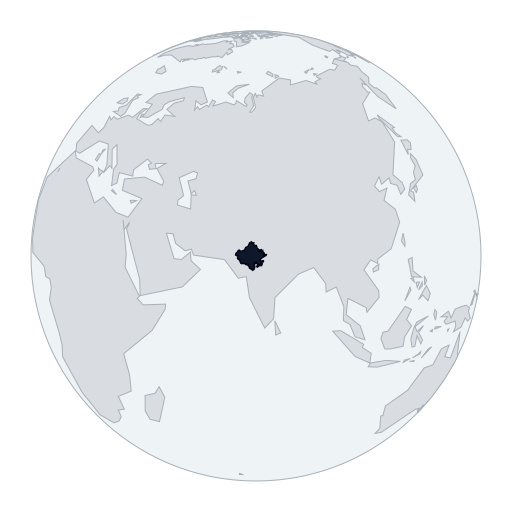 the Earth from above Rajasthan
{"feature_id": "IND-3250", "entity_name": "Rajasthan", "entity_type": "State", "adm_level": 1, "iso_a3": "IND", "parent_name": "India", "parent_adm1": "", "projection": "orthographic", "projection_center": [75.292, 26.62], "detail": "fine", "context": "on_globe", "style": "filled", "palette": "ink", "viewbox_px": 512, "rotation_deg": 0, "n_neighbors": 0, "source": "natural_earth", "source_scale": "10m", "svg_char_len": 15451}
<svg xmlns="http://www.w3.org/2000/svg" viewBox="0 0 512 512"><circle cx="256" cy="256" r="225" fill="#eef3f6" stroke="#a8b0b8"/><path d="M319.2,39.8L329.9,43.8L340.5,47.8L333.7,45.6L357.6,55.6L369.6,62.9L352.5,53.4L348.1,51.7L354.5,55.6L351.4,54.7L352.7,56.3L348.3,55.2L338.6,50.4L335.6,49.8L340.4,52.7L339.0,53.9L332.5,49.6L329.4,51.4L312.6,45.2L298.7,37.2L285.9,35.2L262.3,31.4L260.9,31.7L251.1,31.4L245.9,31.9L243.0,31.7L241.4,32.4L245.0,32.6L245.5,33.2L242.8,33.7L238.6,33.2L239.3,32.9L236.7,33.1L235.8,32.7L234.7,33.2L230.0,33.0L230.5,34.1L223.3,34.7L221.3,34.4L226.9,33.2L233.1,31.9L250.4,30.8L267.8,31.0L285.2,32.6L302.3,35.5L319.2,39.8ZM205.6,36.4L209.1,35.7L202.5,37.4L193.3,39.8L188.7,41.0L184.5,42.4L184.1,42.8L171.0,47.4L154.4,54.9L152.8,55.7L169.8,47.9L187.5,41.4L205.6,36.4ZM348.8,51.3L344.9,49.4L349.7,51.6L348.8,51.3ZM353.6,56.8L355.7,57.7L355.5,58.2L353.6,56.8ZM212.4,35.0L210.8,35.3L210.7,35.3L212.4,35.0ZM216.2,34.3L217.2,34.1L219.1,33.8L218.5,33.9L216.2,34.3ZM348.6,57.1L347.6,57.9L347.0,56.2L348.6,57.1ZM214.5,34.8L222.5,33.3L225.8,32.8L226.1,33.1L214.5,34.8ZM346.0,57.9L343.7,60.6L348.2,62.7L334.2,58.8L340.8,57.4L339.2,54.8L342.7,57.0L346.0,57.9ZM247.4,32.5L243.3,32.3L249.2,32.1L247.4,32.5ZM251.0,32.3L268.3,32.0L272.9,33.0L266.2,32.7L274.1,34.1L267.8,34.6L262.0,34.0L260.3,33.1L259.2,34.1L251.0,32.3ZM326.9,56.6L324.9,56.8L325.1,55.7L326.9,56.6ZM246.1,33.4L249.2,33.0L253.4,33.8L248.0,34.6L248.4,34.1L246.1,33.4ZM279.2,34.3L281.4,35.3L276.9,35.9L277.1,36.5L268.0,34.7L279.2,34.3ZM246.0,34.2L245.1,35.1L240.6,35.3L243.4,33.8L246.0,34.2ZM256.8,33.7L258.5,34.2L255.8,34.2L256.8,33.7ZM224.3,37.4L227.9,36.5L230.4,36.8L224.3,37.4ZM245.0,35.5L246.6,35.4L248.0,35.5L246.4,36.2L245.0,35.5ZM265.5,35.5L263.1,35.7L268.9,36.2L265.8,37.0L260.3,35.8L261.3,36.7L260.4,36.9L257.0,35.7L265.5,35.5ZM249.1,37.4L241.0,36.7L233.8,38.0L231.4,37.7L243.5,35.8L249.1,37.4ZM254.0,36.5L250.4,36.9L249.2,36.1L251.0,35.4L254.0,36.5ZM265.6,38.1L271.9,37.1L272.8,37.5L265.6,38.1ZM247.2,37.9L249.2,38.1L246.8,38.1L247.2,37.9ZM260.2,38.1L262.3,37.6L263.3,38.0L260.2,38.1ZM251.4,39.0L248.8,38.7L249.9,38.0L251.4,39.0ZM255.6,38.7L256.6,39.4L251.9,38.0L256.4,38.4L255.6,38.7ZM260.9,38.5L262.2,38.6L259.8,38.7L260.9,38.5ZM248.7,41.9L242.5,40.4L244.9,38.8L250.6,40.5L248.7,41.9ZM32.6,237.2L38.4,199.8L41.9,191.0L47.1,177.2L75.3,150.8L76.2,157.9L92.7,166.7L93.8,170.2L86.4,179.5L94.3,203.0L103.4,196.9L116.0,212.4L128.0,217.2L141.9,198.6L122.4,190.3L124.5,179.0L144.5,177.1L162.3,185.3L163.7,181.2L157.0,168.5L165.8,163.4L155.2,163.6L156.0,168.7L149.5,169.3L148.3,164.8L151.5,163.0L147.4,159.2L133.5,169.8L132.8,176.1L119.3,172.6L116.9,183.0L111.6,185.6L113.6,169.1L117.0,164.4L117.0,144.7L112.2,149.1L111.9,168.3L109.9,165.6L103.5,172.8L106.8,165.2L108.4,144.1L99.3,141.0L79.6,153.3L76.0,151.0L76.7,143.3L92.0,125.4L98.4,132.8L103.9,127.5L109.6,116.4L111.0,119.9L114.1,116.6L117.2,119.3L128.4,115.1L132.6,117.3L143.6,108.5L147.2,108.7L139.7,113.7L136.7,118.7L147.8,125.3L151.9,124.5L158.2,118.5L160.5,121.5L165.1,114.9L174.8,116.5L166.9,109.4L174.1,103.2L183.5,100.7L184.4,97.6L169.1,101.8L164.2,104.8L162.3,109.2L147.8,117.5L142.6,116.9L152.3,104.2L145.9,102.4L156.3,94.2L191.5,86.4L202.8,87.5L207.4,102.0L201.0,104.8L196.1,100.8L194.5,110.1L197.5,106.6L199.4,109.5L206.8,105.1L208.5,106.9L212.6,99.9L215.5,101.6L212.8,106.1L226.1,102.0L233.9,104.9L236.1,103.2L236.3,100.6L246.1,106.5L247.3,105.1L244.5,102.5L245.1,98.0L249.9,92.7L253.0,95.0L251.7,97.2L253.6,105.9L249.7,112.0L251.4,112.5L255.6,107.8L253.3,97.2L255.3,93.4L257.4,98.0L256.7,96.0L258.7,94.9L263.6,96.2L261.8,91.0L279.3,78.0L290.5,79.9L290.4,85.0L306.0,80.5L317.5,84.4L314.9,81.8L320.6,78.8L317.1,77.4L316.3,76.1L329.4,69.4L334.9,70.1L337.6,65.6L336.3,64.5L332.4,63.5L334.2,58.8L348.2,62.7L350.4,65.0L357.6,66.4L361.8,71.8L368.6,77.3L369.0,83.4L374.4,87.8L376.6,87.9L385.5,94.5L396.2,108.8L377.8,96.6L359.8,77.9L366.3,85.1L362.0,83.5L362.5,86.3L367.3,91.8L369.7,92.3L362.6,103.7L368.5,120.9L375.1,118.0L382.1,121.8L394.6,142.1L392.9,174.7L402.3,182.7L404.8,189.0L400.9,194.4L397.1,185.3L390.6,183.4L389.1,177.8L381.6,184.3L379.1,176.6L374.5,186.1L379.4,191.6L386.9,188.1L384.0,200.4L395.3,209.2L399.7,222.1L391.2,248.7L377.8,259.0L377.6,263.4L370.7,259.9L363.9,269.7L378.7,290.6L379.1,297.3L366.9,312.4L366.2,307.6L347.9,298.4L346.2,314.7L360.1,325.6L365.0,339.8L355.0,336.8L349.9,324.4L343.4,320.7L343.9,306.8L336.3,287.0L326.1,292.1L325.8,283.7L313.7,267.5L298.4,274.2L275.0,297.5L273.6,318.8L264.7,328.0L249.4,297.5L246.3,276.6L238.3,278.2L224.5,259.6L193.6,255.1L191.4,249.2L185.1,250.8L175.7,243.5L173.1,233.8L166.4,233.1L174.0,258.6L181.4,259.5L190.5,252.0L191.0,260.6L200.4,269.5L182.3,286.9L140.1,295.6L139.7,279.3L126.5,228.8L128.9,224.3L129.0,223.8L129.1,222.7L124.1,229.6L123.1,219.9L126.2,253.9L125.1,267.3L139.5,296.4L137.2,298.3L143.0,304.9L165.7,304.1L165.1,309.3L152.1,330.4L123.7,353.7L129.6,375.0L131.2,391.1L118.3,396.4L124.3,409.1L118.3,410.2L121.2,416.7L119.1,421.0L113.9,422.8L99.8,414.6L95.1,408.4L82.2,392.5L62.6,356.7L62.1,344.9L59.2,332.8L49.5,300.2L51.3,287.0L49.7,278.9L45.7,276.5L44.3,266.7L42.3,264.0L32.9,252.5L32.6,237.2ZM59.8,168.1L57.6,171.9L59.8,168.1ZM177.5,205.0L190.6,209.1L191.2,194.8L196.3,195.4L194.6,190.5L191.1,193.8L188.0,180.9L196.0,178.7L197.7,172.9L193.3,171.4L179.2,177.7L183.6,195.7L177.9,200.2L177.5,205.0ZM128.2,97.9L127.0,101.1L122.4,104.0L117.2,102.8L123.7,98.5L128.2,97.9ZM126.3,105.2L137.5,93.9L141.2,94.7L137.2,96.0L138.5,97.7L132.5,100.4L125.1,113.0L120.7,116.4L113.4,111.4L118.3,110.9L119.2,107.5L126.3,105.2ZM159.4,69.0L164.3,65.6L166.0,71.5L161.3,74.1L155.7,72.7L158.1,68.8L159.4,69.0ZM213.5,36.3L215.2,35.7L216.4,35.7L215.8,36.2L213.5,36.3ZM225.8,37.0L207.0,39.4L208.1,38.7L195.8,41.7L193.8,41.2L201.8,39.1L191.1,41.3L197.5,39.2L190.0,41.1L208.0,36.5L213.4,35.2L208.2,36.8L209.8,37.2L212.2,37.0L222.8,35.7L235.1,33.7L238.8,34.4L238.1,35.4L235.7,36.0L234.1,35.2L232.0,36.5L227.8,36.0L225.8,37.0ZM227.6,54.9L226.8,52.4L221.9,57.6L217.7,56.0L217.4,56.7L212.2,56.8L205.4,58.3L204.3,57.2L202.1,58.3L198.6,58.6L195.2,59.9L192.1,58.6L187.7,60.2L188.7,58.7L182.0,61.9L185.5,59.0L181.4,59.6L180.1,62.0L171.3,55.0L164.8,55.2L157.5,57.3L164.6,52.9L176.0,48.6L188.4,45.6L193.6,46.4L195.9,44.6L199.0,44.6L195.9,46.0L202.6,43.9L204.4,44.4L215.4,43.5L223.9,40.9L228.2,40.8L225.7,42.1L231.7,41.1L229.9,43.6L232.9,43.7L234.1,46.6L227.7,49.5L231.5,49.4L232.6,51.9L227.6,54.9ZM248.8,42.8L242.0,45.9L236.3,46.8L236.5,41.5L234.1,41.1L234.0,38.4L242.2,37.4L241.4,38.2L242.6,38.8L239.6,38.8L242.9,39.3L242.0,40.5L244.4,41.2L241.5,42.0L248.8,42.8ZM98.5,168.0L100.0,169.8L103.1,171.3L99.1,176.1L98.5,168.0ZM99.2,153.6L101.1,154.1L96.9,161.1L95.4,159.5L99.2,153.6ZM105.6,148.8L101.5,153.6L102.8,150.1L105.6,148.8ZM141.8,114.0L144.2,114.4L143.0,116.0L140.1,117.7L141.8,114.0ZM212.3,72.1L212.7,70.0L214.3,69.7L219.4,65.6L222.9,66.8L221.2,69.8L212.3,72.1ZM136.6,200.7L131.1,203.2L130.2,200.5L132.3,200.2L136.6,200.7ZM112.7,189.4L116.5,194.6L111.5,190.7L112.7,189.4ZM217.0,72.7L218.7,70.8L219.4,72.6L217.0,72.7ZM225.7,67.5L227.1,69.3L223.9,66.5L225.7,67.5ZM239.5,473.4L243.3,474.6L239.4,474.5L239.5,473.4ZM164.8,397.3L159.5,421.6L150.1,419.3L145.2,410.9L145.1,395.5L155.0,393.3L159.1,386.7L164.8,397.3ZM409.4,361.4L414.2,360.6L413.9,361.5L409.4,361.4ZM404.5,360.1L410.2,358.5L403.3,362.3L404.5,360.1ZM412.4,357.8L418.2,354.1L420.7,351.7L420.1,353.8L412.4,357.8ZM400.5,361.4L377.5,367.1L368.1,366.8L370.6,363.0L385.9,360.4L400.5,361.4ZM369.8,363.0L355.0,356.4L332.7,331.2L340.7,330.7L363.7,344.3L362.3,347.5L371.2,353.3L369.8,363.0ZM404.5,337.1L403.0,346.3L390.6,348.9L384.8,349.0L380.9,338.6L383.1,332.2L388.0,331.2L405.2,306.4L411.5,309.4L406.6,319.5L411.6,325.8L404.5,337.1ZM274.8,320.7L280.7,332.9L275.7,335.1L274.8,320.7ZM410.9,290.0L404.8,301.0L410.0,287.2L410.9,290.0ZM413.3,277.6L414.3,282.0L411.0,278.5L413.3,277.6ZM378.6,269.8L373.5,272.0L372.8,268.8L378.9,264.1L378.6,269.8ZM403.0,233.1L405.1,242.8L404.9,246.3L401.5,241.2L403.0,233.1ZM249.4,84.2L238.4,88.2L232.8,92.8L233.3,97.6L227.9,93.0L236.5,85.9L249.4,84.2ZM275.3,78.3L274.8,74.7L278.1,75.6L278.7,76.5L275.3,78.3ZM272.8,76.7L266.3,73.7L268.1,71.3L272.8,74.0L272.8,76.7ZM241.3,72.2L237.8,73.2L237.3,71.5L241.3,72.2ZM418.1,412.4L417.3,413.2L421.5,407.7L417.7,411.5L423.8,404.5L417.1,411.7L418.6,408.4L415.3,409.3L381.1,432.4L375.1,433.4L379.8,428.3L380.7,416.0L382.9,415.6L385.4,406.0L407.5,390.4L424.2,367.9L432.8,364.9L441.5,348.7L449.2,345.0L444.8,356.6L450.4,358.0L460.1,331.7L457.6,352.4L457.6,356.2L454.9,361.8L444.2,379.8L431.9,396.7L418.1,412.4ZM421.2,358.1L428.3,348.8L431.7,346.8L421.2,358.1ZM477.2,298.8L477.0,299.5L477.3,298.1L477.2,298.8ZM477.9,295.0L478.2,293.3L478.0,294.4L477.9,295.0ZM477.8,293.7L477.8,295.3L477.7,294.4L477.8,293.7ZM477.4,295.3L477.1,295.1L477.2,294.4L477.4,295.3ZM468.4,311.1L470.3,318.0L467.6,321.1L465.1,317.9L461.1,327.0L453.4,331.8L455.8,326.5L455.2,321.1L445.9,324.3L444.1,321.3L447.7,316.6L441.0,316.9L448.5,311.2L451.1,318.0L455.1,309.1L461.1,306.6L466.2,305.2L469.5,307.8L468.4,311.1ZM447.6,329.5L448.8,328.8L447.5,331.9L447.6,329.5ZM476.4,292.8L476.9,295.1L476.7,296.3L476.3,296.6L476.4,292.8ZM470.4,305.5L474.2,294.6L474.9,293.7L472.2,304.2L470.4,305.5ZM473.7,291.1L475.1,290.1L475.6,293.0L475.2,294.4L473.7,291.1ZM432.6,329.5L432.1,331.9L430.1,331.0L432.6,329.5ZM435.3,326.9L441.3,326.5L434.7,329.1L435.3,326.9ZM415.0,326.7L417.0,331.5L423.5,325.6L418.6,332.5L422.5,339.9L420.9,343.9L417.0,335.7L414.9,346.3L412.0,347.1L410.8,339.0L414.0,327.4L416.9,322.0L428.4,315.9L415.0,326.7ZM435.4,320.2L433.8,314.4L434.9,309.6L436.8,312.2L435.4,320.2ZM428.0,300.8L422.7,295.0L418.5,299.6L426.4,285.6L430.3,293.5L428.0,300.8ZM422.5,285.6L418.6,289.8L422.2,282.0L422.5,285.6ZM417.3,287.6L416.1,282.4L419.6,281.9L417.3,287.6ZM424.7,285.1L424.3,275.7L426.6,280.4L424.7,285.1ZM413.0,270.9L421.4,277.2L411.6,276.7L408.2,259.3L412.1,257.5L413.0,270.9ZM416.3,192.5L413.6,188.0L416.4,185.5L417.4,189.3L416.3,192.5ZM422.9,175.0L416.3,183.5L410.5,190.9L413.7,192.3L414.9,201.3L408.6,194.9L410.5,183.6L415.4,179.6L413.4,172.3L415.3,166.0L410.6,157.9L410.5,153.6L416.3,159.8L422.9,175.0ZM408.3,154.7L400.9,140.2L407.3,139.8L410.4,142.8L411.1,149.5L407.7,149.3L408.3,154.7ZM401.0,136.7L397.5,136.6L379.4,118.7L377.1,114.9L394.4,127.4L392.1,128.1L395.4,132.8L401.0,136.7ZM327.0,57.9L325.1,56.9L327.5,57.4L327.0,57.9ZM314.2,75.4L313.6,73.6L316.5,74.0L314.2,75.4ZM313.3,69.0L310.5,69.8L312.1,67.9L313.3,69.0ZM304.4,72.0L308.7,69.7L306.5,73.4L304.4,72.0Z" fill="#d9dde1" stroke="#a8b0b8" stroke-width="1"/><path d="M242.5,250.9L243.0,250.9L244.1,250.6L244.2,250.0L244.3,249.9L244.6,249.5L245.1,249.1L245.3,248.7L245.5,247.9L245.9,247.4L247.8,246.5L247.9,246.4L249.0,244.5L249.5,243.0L250.1,242.6L250.7,242.5L251.4,242.0L251.4,241.9L251.5,241.9L251.5,242.1L251.3,242.6L251.2,242.8L253.4,242.9L253.3,243.0L253.5,243.2L253.5,243.3L253.2,243.4L253.2,243.6L253.3,243.7L253.6,243.6L253.5,244.3L253.7,244.6L253.6,244.8L253.4,244.9L253.7,245.3L253.8,245.3L253.8,245.2L254.2,245.2L254.4,245.1L254.7,245.2L254.9,245.5L255.1,245.5L255.3,245.7L255.6,245.6L255.9,245.6L256.1,245.5L256.3,245.6L256.4,245.9L256.3,246.0L256.5,246.6L256.8,246.7L256.8,246.8L256.7,246.9L257.0,248.0L257.4,248.5L257.7,248.7L257.7,248.9L257.8,248.9L258.1,249.0L258.3,249.2L258.7,249.9L258.3,250.1L258.5,250.1L258.3,250.6L258.2,250.7L258.2,250.8L258.4,251.0L258.9,251.1L259.1,251.3L259.2,251.2L259.1,250.9L259.0,250.4L259.3,250.2L259.5,250.4L259.6,250.2L259.5,249.9L260.0,249.9L260.1,250.1L260.0,250.3L260.3,250.4L260.3,250.6L260.5,250.5L260.7,250.2L261.1,249.9L261.2,249.7L261.4,249.6L261.7,249.9L261.7,250.0L261.6,250.3L261.7,251.1L261.6,251.3L261.6,251.5L261.6,251.8L261.9,251.8L262.0,251.6L262.1,251.4L262.3,251.3L262.5,251.2L262.6,251.3L262.7,251.2L262.7,251.3L262.8,251.3L263.0,251.6L263.1,251.8L263.1,252.0L263.1,252.3L263.4,252.6L263.5,252.9L263.9,253.1L264.1,253.1L264.1,253.3L264.3,253.6L264.2,253.7L264.1,253.8L263.8,254.0L263.7,254.1L263.8,254.2L263.9,254.3L264.1,254.3L264.2,254.2L264.3,254.4L264.5,254.3L263.5,254.9L263.4,255.0L263.4,255.3L263.5,255.3L263.6,255.1L263.8,255.1L264.2,254.9L264.5,254.7L265.0,254.8L265.1,254.7L265.4,254.8L265.5,254.9L265.7,254.7L265.9,254.6L266.1,254.6L266.3,254.6L266.2,254.9L266.2,255.1L265.9,255.2L265.9,255.4L265.8,255.6L265.6,255.6L265.2,255.7L265.1,255.9L264.9,256.0L264.6,256.2L264.5,256.4L264.2,256.5L263.8,256.7L263.6,256.7L263.5,256.9L263.2,257.0L262.8,257.4L262.5,257.5L262.4,257.5L262.1,257.7L262.0,257.9L261.7,258.0L261.4,258.3L261.3,258.5L261.1,258.7L260.8,258.7L260.7,258.9L260.4,259.0L260.3,259.4L260.2,259.5L260.5,260.5L260.8,260.8L261.0,260.9L261.2,261.0L261.6,261.0L261.8,261.1L262.1,261.1L262.4,260.9L262.7,261.0L262.8,260.9L262.9,260.7L263.1,260.6L263.3,260.7L263.3,260.9L263.4,261.0L263.5,261.5L263.4,261.7L263.2,261.9L262.8,261.8L262.4,262.0L262.1,262.0L261.6,262.2L261.5,262.3L261.7,262.8L261.3,262.9L261.3,263.0L261.6,263.3L261.9,263.3L262.2,263.5L262.3,263.7L262.3,264.0L262.2,264.1L261.8,264.3L261.7,264.3L261.7,264.0L261.4,264.0L261.5,264.9L261.7,265.4L261.6,265.6L261.3,265.6L260.9,265.4L261.0,265.1L260.9,265.1L260.6,265.2L260.5,265.4L260.4,265.5L260.2,265.2L259.9,265.3L259.6,265.2L259.3,265.2L259.2,265.1L259.2,264.9L259.0,265.1L259.0,265.8L258.8,265.9L258.5,266.1L258.5,266.3L257.8,266.8L257.6,266.6L257.6,266.9L257.4,267.1L257.1,267.0L257.0,266.8L256.8,266.6L256.7,266.3L256.9,266.1L257.2,266.3L257.4,266.2L257.6,266.3L257.8,265.9L257.7,265.7L257.8,265.3L257.8,265.1L257.6,265.0L257.6,264.6L257.7,264.4L258.0,264.4L258.1,263.9L257.9,263.7L257.6,263.2L257.3,263.4L256.6,263.5L255.6,263.4L255.7,263.1L255.6,262.8L255.8,263.0L256.0,263.0L256.4,262.8L256.3,262.7L256.0,262.8L255.8,262.7L256.0,262.7L256.0,262.4L256.1,262.1L255.8,262.2L255.4,262.2L255.3,262.5L255.3,262.8L255.1,262.8L254.9,262.9L254.6,262.8L254.5,262.7L254.3,262.7L254.4,262.9L254.4,263.2L254.8,263.2L254.8,263.6L254.5,263.7L254.4,263.7L254.3,263.4L254.2,263.3L254.2,263.2L254.1,263.4L254.2,263.7L253.9,264.2L254.0,264.3L254.4,264.5L254.1,264.9L254.0,265.2L254.0,265.3L254.3,265.3L254.5,265.4L254.6,265.8L254.8,266.1L254.6,266.9L254.6,267.1L254.7,267.4L254.7,267.6L254.4,268.2L254.3,268.3L253.6,268.6L253.4,268.8L253.2,269.1L253.3,269.2L253.7,269.3L253.9,269.6L253.0,270.0L252.7,269.9L252.5,270.1L252.2,269.6L251.9,269.6L251.7,269.2L251.2,268.8L250.9,268.9L250.6,268.5L250.3,268.6L250.1,268.5L250.0,267.8L249.9,267.7L249.6,267.8L249.6,267.4L249.4,267.4L249.2,267.1L249.1,266.6L249.3,266.5L249.2,266.1L249.0,265.8L248.9,266.1L248.7,266.2L248.5,265.9L248.1,265.6L248.1,265.4L248.2,265.1L248.3,264.9L248.5,264.9L248.5,264.7L248.4,264.7L248.1,264.6L248.1,264.2L247.8,264.3L247.7,264.4L247.6,264.7L247.4,264.8L246.8,264.7L246.6,264.4L246.2,264.2L245.9,264.5L245.7,264.3L245.7,264.1L245.4,264.0L245.1,263.8L245.4,263.8L245.4,263.7L244.9,263.7L244.6,263.6L244.4,263.4L244.2,263.4L244.0,263.6L243.7,263.4L243.6,263.5L243.4,263.5L242.9,263.5L242.6,263.4L242.3,263.4L242.1,263.5L241.8,263.5L241.5,263.6L240.9,263.3L240.7,262.9L240.4,262.3L240.2,261.5L239.8,261.0L239.7,260.8L239.5,260.5L239.6,259.4L239.4,259.3L239.0,259.4L238.5,259.4L238.2,259.3L238.1,259.1L238.0,258.9L237.6,258.3L237.5,258.1L237.6,257.7L237.9,257.2L238.0,256.0L237.9,255.9L237.6,255.7L236.8,255.7L236.6,255.7L236.2,255.3L235.7,255.1L235.6,254.8L235.8,253.9L235.9,253.6L236.0,253.3L237.0,252.5L237.2,252.2L237.6,251.8L238.0,250.9L238.8,250.2L239.2,250.1L239.6,250.3L239.8,250.5L239.8,250.9L239.9,251.1L240.1,251.3L240.5,251.5L240.8,251.4L241.9,251.0L242.5,250.9Z" fill="#0f172a" stroke="#020617" stroke-width="1.5"/></svg>